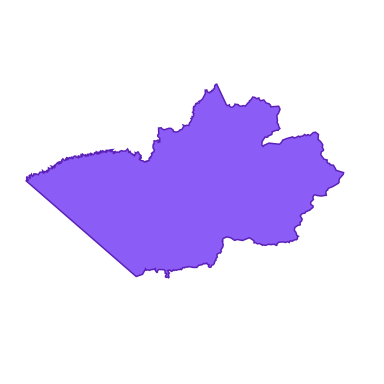 Sandia, Puno, Peru, rotated 245°
{"feature_id": "86281439B32032082656225", "entity_name": "Sandia", "entity_type": "district", "adm_level": 2, "iso_a3": "PER", "parent_name": "Peru", "parent_adm1": "Puno", "projection": "albers", "projection_center": [-69.323, -13.833], "detail": "fine", "context": "isolated", "style": "filled", "palette": "violet", "viewbox_px": 384, "rotation_deg": 245, "n_neighbors": 0, "source": "geoboundaries", "source_scale": "gbopen_adm2", "svg_char_len": 6088}
<svg xmlns="http://www.w3.org/2000/svg" viewBox="0 0 384 384"><g transform="rotate(245 192 192)"><path d="M132.3,312.4L135.3,313.2L136.5,314.7L136.4,315.7L137.4,316.6L137.7,317.9L137.4,321.7L138.1,328.3L138.7,329.5L140.0,329.8L141.8,331.3L144.0,336.4L145.5,337.6L150.9,331.6L152.1,331.9L156.5,331.5L158.2,328.8L159.7,328.8L160.6,327.4L162.4,327.0L163.8,328.1L166.0,325.5L170.5,324.6L171.5,324.5L173.8,326.3L174.1,328.6L174.8,329.1L177.4,329.0L179.7,330.5L183.5,329.8L186.5,328.5L190.7,330.9L194.0,329.2L194.6,327.0L193.2,322.6L194.8,321.7L195.1,321.0L194.7,319.6L196.6,318.3L195.9,316.4L196.5,313.7L196.2,313.1L197.6,312.3L197.5,308.9L198.2,306.9L199.4,306.6L200.4,300.7L200.7,296.0L199.4,294.5L198.3,291.5L203.8,282.4L203.9,276.9L203.2,276.0L204.1,275.3L205.3,275.2L208.1,276.9L211.0,281.5L210.0,282.7L209.9,284.1L210.5,284.3L210.4,288.6L212.7,290.3L212.3,294.6L211.5,296.2L212.0,296.7L212.4,298.5L214.4,298.2L216.8,298.8L219.0,298.4L220.6,299.6L225.6,301.3L226.7,303.5L229.8,306.8L233.1,306.8L235.9,299.4L237.4,299.8L239.5,299.1L241.3,296.8L245.1,296.0L245.7,292.8L247.6,292.1L249.0,292.4L249.2,290.1L251.3,288.8L252.4,287.1L250.8,284.8L250.2,282.3L249.3,282.1L249.1,280.4L247.3,276.7L248.7,274.8L249.0,272.5L250.4,271.1L251.6,270.9L253.5,268.0L252.6,267.3L251.9,265.4L251.9,264.0L252.5,263.0L254.0,262.3L255.2,262.7L255.1,261.0L256.3,260.0L279.3,260.0L279.4,258.8L278.7,257.5L276.1,256.0L276.2,254.8L275.1,253.5L275.6,252.9L274.9,252.3L275.1,250.7L274.4,250.0L276.1,248.3L278.3,248.5L278.5,247.8L277.9,247.2L278.4,246.9L275.6,245.7L271.9,240.9L271.2,238.9L271.2,236.6L270.5,237.0L269.7,236.1L270.0,234.6L270.6,234.4L270.0,233.5L270.5,232.8L268.2,230.5L268.7,229.6L266.6,228.2L265.5,228.5L265.3,227.7L264.0,226.8L264.0,226.2L262.1,226.8L261.9,226.1L260.8,226.0L259.8,225.0L260.4,224.0L259.1,223.7L259.1,222.2L257.8,222.3L256.4,220.7L255.8,219.1L253.6,217.2L254.7,215.5L255.0,213.5L256.3,212.3L255.0,212.3L252.9,209.1L253.4,207.4L252.6,205.6L253.0,202.9L254.7,200.7L256.0,201.1L258.4,200.0L259.5,198.1L260.1,193.2L261.4,191.8L263.2,191.2L264.1,188.7L258.5,186.3L258.1,185.0L257.1,184.5L254.4,185.5L251.0,184.0L251.3,182.4L252.2,183.4L253.4,183.2L253.5,180.8L254.4,179.3L251.6,177.9L251.8,177.4L251.1,176.7L248.7,175.4L245.6,175.5L244.3,173.7L244.6,173.1L244.0,171.5L243.3,171.8L241.8,170.5L241.5,169.4L240.5,169.0L241.0,168.3L240.7,167.5L238.6,166.3L239.0,165.0L238.6,163.9L239.2,163.9L239.4,162.9L239.3,161.5L241.0,160.8L242.1,159.0L244.0,158.2L244.5,158.6L243.8,159.1L244.4,160.5L245.0,160.7L245.8,160.0L246.6,161.2L248.4,160.2L250.8,160.3L251.3,159.6L250.6,158.0L251.7,157.2L250.3,156.8L249.2,155.3L250.2,155.2L250.2,154.3L251.5,154.3L252.3,153.1L254.8,153.0L254.3,151.8L254.8,151.3L255.8,151.9L258.2,151.8L257.2,149.3L258.1,146.8L259.3,145.6L259.4,143.8L258.7,142.6L259.7,141.5L259.9,140.2L261.1,139.6L260.0,138.5L260.2,137.4L261.2,138.6L261.7,137.3L263.4,136.5L263.9,138.0L264.7,135.7L263.4,135.3L265.0,134.4L264.8,133.4L265.6,132.8L264.8,132.1L265.9,131.6L265.3,130.9L264.5,131.5L264.3,130.7L266.3,129.2L265.8,128.2L267.0,128.3L266.2,125.9L267.0,126.1L267.2,127.1L267.9,126.7L267.0,124.7L266.2,124.4L266.2,122.5L266.6,122.2L266.5,123.2L267.4,124.2L267.8,123.5L267.1,122.1L268.0,121.5L268.6,122.4L269.0,122.2L268.3,121.3L268.7,120.2L267.9,119.8L267.6,118.3L268.3,117.3L269.1,117.4L269.7,116.7L268.1,116.2L268.4,115.6L269.5,115.8L269.9,114.7L269.7,113.2L269.2,113.6L268.6,113.0L269.1,112.5L270.1,112.7L269.2,111.0L270.8,111.0L270.6,109.7L272.6,108.8L271.4,107.8L272.6,107.8L272.9,107.3L270.8,106.2L272.7,104.3L272.0,103.7L271.0,104.0L270.9,103.5L272.0,102.8L272.4,101.7L273.6,101.9L274.2,100.5L273.9,98.9L272.7,98.3L273.0,97.6L274.0,97.9L274.6,97.3L273.9,96.0L275.0,95.3L273.8,93.3L274.3,93.1L275.3,93.8L276.0,93.0L274.2,92.6L274.3,92.1L275.3,91.6L274.2,90.6L274.7,89.6L276.6,89.0L275.8,87.2L274.5,87.0L275.2,84.7L273.6,85.2L273.9,83.0L274.4,82.9L275.0,83.8L275.5,82.7L274.1,79.5L273.2,79.2L272.1,77.5L272.5,77.1L273.9,77.9L273.5,76.8L274.7,75.5L273.4,75.8L272.3,75.2L273.1,74.6L273.5,72.8L274.5,72.1L273.3,71.5L272.4,71.8L272.8,69.3L272.1,69.3L271.8,70.3L271.1,69.6L273.1,66.6L271.9,66.4L271.9,65.5L272.7,65.1L273.4,65.9L274.3,65.6L273.1,65.2L274.2,62.5L272.6,60.0L274.0,58.7L273.9,57.9L274.7,57.7L275.2,56.2L274.0,55.7L273.7,54.0L275.9,54.1L275.1,53.1L275.8,52.3L275.6,51.4L273.9,51.8L273.0,51.1L274.2,50.5L275.4,48.5L274.6,48.0L272.3,48.9L271.7,48.0L273.0,47.3L272.2,46.4L139.0,105.7L138.3,112.4L142.0,117.4L140.4,117.4L140.2,118.9L138.8,120.6L139.0,121.6L138.0,125.0L138.2,126.3L136.4,125.6L134.0,126.1L134.0,126.8L135.3,127.5L135.8,129.1L133.5,133.6L132.2,134.3L129.7,133.4L129.3,134.2L128.3,134.5L127.3,132.7L126.4,132.1L125.6,132.5L125.0,134.0L124.2,134.5L124.6,135.2L127.2,135.8L128.0,137.2L129.5,136.8L130.5,137.3L131.0,136.8L131.1,137.3L130.2,139.5L128.9,139.6L128.6,140.1L129.3,142.2L128.4,142.6L128.3,144.3L127.7,144.7L127.4,147.3L126.8,148.2L127.0,148.9L126.1,149.7L127.4,151.8L126.5,153.0L126.7,154.1L125.7,156.7L126.0,157.2L123.0,161.4L121.6,164.5L122.7,167.0L121.8,170.8L122.3,171.9L122.1,172.8L121.4,173.2L121.4,175.3L120.0,175.4L118.8,176.7L117.9,175.5L117.1,175.5L116.2,176.3L115.9,177.4L117.3,179.0L117.1,180.3L117.6,181.7L119.7,183.6L120.0,184.9L121.5,185.5L122.1,187.2L125.0,188.3L125.3,191.0L124.7,191.8L125.7,193.5L127.2,193.6L129.1,196.6L131.0,198.0L134.4,198.6L134.5,199.3L135.4,199.2L136.7,200.7L136.6,204.7L134.0,207.9L130.2,210.1L129.8,213.0L126.7,217.3L126.3,224.7L121.7,227.5L119.6,226.8L119.6,227.9L117.3,229.4L117.1,230.9L114.9,233.0L114.0,233.1L114.0,234.1L112.6,236.0L112.2,239.6L111.0,241.0L110.0,244.4L108.0,245.7L108.1,246.7L109.3,247.2L109.7,249.9L108.0,253.9L106.8,255.2L106.6,257.7L105.1,258.7L106.3,260.3L105.0,262.1L105.3,265.1L104.6,266.3L104.9,267.5L106.7,268.8L106.9,269.7L108.2,268.7L111.7,269.1L113.6,268.5L116.2,269.9L117.0,273.3L116.5,276.2L118.9,277.2L119.3,279.0L121.0,280.4L124.6,280.0L125.9,282.6L125.1,285.5L126.0,286.5L125.8,291.0L127.0,295.3L128.3,295.8L130.5,294.4L132.6,295.3L133.9,298.9L136.1,299.2L137.5,300.8L137.5,302.3L135.8,304.1L133.7,307.5L132.3,312.4Z" fill="#8b5cf6" stroke="#5b21b6" stroke-width="1.5"/></g></svg>